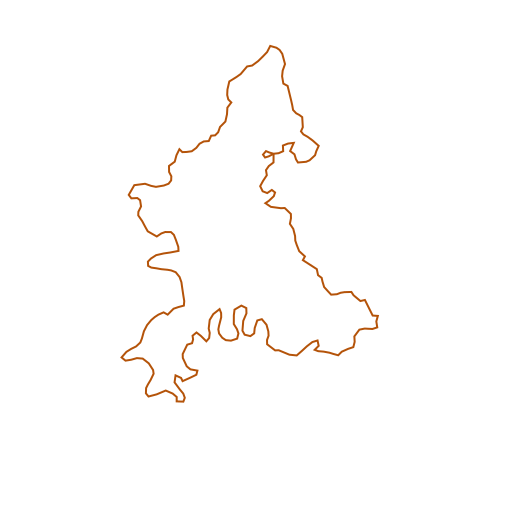 Itapejara d'Oeste, Paraná, Brazil, rotated 218°
{"feature_id": "56859067B76387511794293", "entity_name": "Itapejara d'Oeste", "entity_type": "district", "adm_level": 2, "iso_a3": "BRA", "parent_name": "Brazil", "parent_adm1": "Paraná", "projection": "natural_earth1", "projection_center": [-52.828, -25.984], "detail": "fine", "context": "isolated", "style": "outline", "palette": "amber", "viewbox_px": 512, "rotation_deg": 218, "n_neighbors": 0, "source": "geoboundaries", "source_scale": "gbopen_adm2", "svg_char_len": 3513}
<svg xmlns="http://www.w3.org/2000/svg" viewBox="0 0 512 512"><g transform="rotate(218 256 256)"><path d="M305.1,347.4L301.5,350.9L299.1,355.3L302.8,359.6L300.0,364.3L295.9,368.4L293.7,359.7L288.3,359.8L284.0,356.8L280.5,355.5L277.7,358.1L274.5,361.1L272.7,364.4L271.5,371.8L273.0,375.6L274.4,381.4L282.6,381.9L288.8,381.7L293.5,381.0L297.3,381.9L298.4,386.3L305.1,393.9L308.7,393.8L312.2,393.2L316.7,393.9L320.5,397.3L324.3,400.4L335.8,409.5L340.6,408.7L346.1,413.7L349.1,418.5L351.3,425.1L359.8,431.5L364.3,432.9L368.1,432.7L374.1,430.3L372.8,423.5L373.4,417.7L374.3,410.9L376.3,403.7L379.7,399.9L379.9,395.2L380.1,390.0L381.6,385.0L384.5,377.1L381.0,369.6L377.8,365.1L374.2,362.3L370.0,361.8L369.9,355.3L366.1,349.8L362.9,343.1L363.8,335.6L362.0,330.2L362.5,325.9L365.4,323.2L364.0,317.5L367.7,314.1L369.6,309.7L369.6,304.5L371.1,299.0L374.7,295.3L378.0,292.5L382.1,293.0L380.7,286.4L378.1,280.3L380.0,273.4L376.2,268.7L371.8,266.7L369.4,263.3L369.4,259.1L372.0,254.8L377.4,248.9L381.8,246.7L387.9,244.6L395.5,236.9L393.9,225.8L389.7,224.7L385.2,228.6L381.7,228.6L377.1,224.3L375.9,218.4L373.8,215.5L367.1,213.4L364.0,212.0L360.6,210.5L356.5,208.8L346.2,210.3L344.5,215.5L342.3,219.0L337.7,222.5L333.7,222.1L329.1,219.4L322.9,215.4L320.2,212.3L325.8,205.9L330.3,201.2L335.2,195.2L337.2,189.4L337.7,185.0L334.9,181.8L331.4,182.4L326.9,185.0L322.7,187.2L317.2,190.7L314.0,192.4L309.3,193.8L303.3,192.4L298.6,189.4L295.0,185.9L288.8,180.0L284.8,176.3L282.3,172.5L285.7,168.0L288.5,163.7L289.5,155.4L294.1,154.7L296.8,149.7L298.2,145.5L299.1,141.0L299.3,134.5L298.0,127.7L295.1,120.7L293.9,116.6L294.8,110.9L297.2,105.9L299.1,100.7L299.5,93.3L294.4,93.2L290.5,97.4L287.0,102.2L282.1,105.4L278.0,105.4L274.4,105.4L266.9,102.8L264.2,100.2L262.7,93.3L262.1,88.3L261.3,84.3L258.2,80.0L254.2,79.1L249.1,85.8L244.3,94.4L237.0,96.3L231.7,96.1L229.0,92.6L223.6,96.5L224.8,100.4L228.6,102.8L233.7,103.9L242.4,106.3L245.9,112.4L240.0,113.8L236.8,112.2L232.8,119.8L229.9,125.7L231.6,129.6L237.9,126.3L242.6,126.4L250.9,130.6L253.4,133.6L255.6,143.8L252.7,147.9L254.2,151.5L256.9,154.1L255.8,159.1L250.3,159.1L242.6,158.2L242.4,162.5L245.1,166.9L248.6,169.7L253.1,177.1L253.9,183.9L252.0,191.7L248.4,189.6L245.7,186.3L242.2,178.3L240.5,175.0L237.4,172.2L232.3,170.8L228.0,171.1L223.6,173.9L220.0,179.3L222.2,184.2L225.9,186.6L231.6,188.7L237.0,195.7L239.9,200.5L237.0,207.9L231.6,209.0L228.2,204.9L226.1,197.0L220.7,188.8L216.5,187.0L211.1,189.4L209.8,193.9L212.7,198.5L215.3,206.0L212.5,209.8L205.4,208.3L199.9,204.2L197.0,200.9L195.6,196.6L192.9,193.3L182.8,193.4L180.1,195.7L168.9,198.8L162.7,202.7L161.4,209.5L160.3,216.2L158.6,222.9L155.5,227.3L151.3,223.8L152.0,218.2L148.4,219.3L143.8,222.3L138.6,225.0L134.6,226.5L130.1,228.4L129.5,233.4L126.2,239.6L123.2,244.1L125.4,249.1L129.0,253.2L129.2,261.6L125.7,265.7L122.7,267.8L119.3,270.2L116.5,274.4L120.9,278.5L123.1,283.8L127.4,280.9L143.1,288.4L146.0,284.8L154.9,285.1L158.7,286.4L164.0,282.0L166.7,279.1L168.7,275.7L173.0,271.8L178.1,272.6L183.2,273.5L187.9,276.8L190.8,279.2L195.3,279.1L200.0,283.1L216.5,281.6L217.2,285.8L224.9,286.4L230.7,289.8L234.5,292.3L237.5,295.8L243.3,300.3L249.1,302.2L251.7,307.3L254.4,310.6L262.9,311.5L265.8,309.0L274.5,303.9L281.1,303.4L279.8,307.5L278.8,314.1L280.1,317.8L284.2,317.8L285.9,312.5L290.6,311.1L295.7,313.6L296.7,319.6L297.2,326.3L301.0,329.8L301.3,334.8L299.8,340.5L305.1,347.4ZM305.1,347.4L307.3,342.4L309.5,339.2L312.9,340.2L312.7,344.8L309.4,345.7L305.1,347.4Z" fill="none" stroke="#b45309" stroke-width="2"/></g></svg>